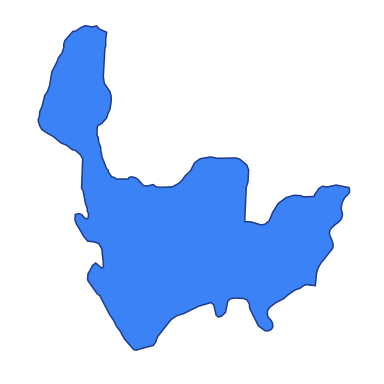 Ixchiguán, San Marcos, Guatemala (Equal Earth projection), rotated 183°
{"feature_id": "79465075B80517752911806", "entity_name": "Ixchiguán", "entity_type": "district", "adm_level": 2, "iso_a3": "GTM", "parent_name": "Guatemala", "parent_adm1": "San Marcos", "projection": "equal_earth", "projection_center": [-91.922, 15.132], "detail": "fine", "context": "isolated", "style": "filled", "palette": "blue", "viewbox_px": 384, "rotation_deg": 183, "n_neighbors": 0, "source": "geoboundaries", "source_scale": "gbopen_adm2", "svg_char_len": 3052}
<svg xmlns="http://www.w3.org/2000/svg" viewBox="0 0 384 384"><g transform="rotate(183 192 192)"><path d="M327.8,333.0L327.6,329.3L328.5,326.5L329.0,324.1L332.3,319.3L333.7,314.8L338.2,304.8L339.9,290.4L341.7,284.6L344.1,280.7L346.3,269.4L348.2,264.5L348.5,258.1L349.2,257.4L349.3,255.0L347.5,250.0L345.2,246.5L338.8,242.7L333.5,240.2L325.3,234.1L319.9,232.2L313.9,228.0L310.6,227.4L307.3,224.9L305.2,223.1L302.9,219.2L302.5,190.1L300.8,187.5L297.9,175.3L295.8,170.2L295.6,167.6L294.2,164.8L294.3,161.6L294.8,159.9L296.8,159.8L299.0,161.4L300.4,163.3L303.6,164.5L307.4,163.5L307.4,157.9L305.5,153.6L302.6,149.4L298.1,142.4L293.7,137.5L286.9,137.0L282.3,135.5L279.1,130.5L277.0,117.5L276.5,112.1L278.7,111.5L284.5,116.1L287.6,113.2L289.7,108.5L291.6,104.9L291.7,99.0L290.8,97.4L281.3,85.3L278.7,83.7L267.8,65.3L266.8,63.9L263.6,59.7L260.3,53.9L256.2,49.0L252.0,42.0L246.7,36.4L241.9,31.5L239.1,31.1L237.3,32.0L229.7,34.5L222.5,36.8L220.3,40.6L218.8,45.7L207.4,61.9L205.6,64.1L200.4,67.8L194.0,70.1L179.4,78.3L167.1,82.6L164.3,80.3L161.4,70.2L159.3,68.6L156.1,69.4L152.2,73.6L150.6,84.6L148.4,87.2L143.7,88.4L134.9,88.3L131.7,87.3L129.0,83.4L128.2,78.6L118.7,61.8L112.3,57.6L111.0,57.2L109.5,57.2L108.4,57.4L106.4,58.3L105.6,59.1L104.4,60.9L104.3,62.3L104.6,64.5L105.4,66.5L106.4,68.0L109.6,71.2L110.5,74.7L110.1,78.4L107.8,81.4L103.0,85.5L94.8,90.4L90.9,94.2L85.6,98.3L83.0,100.0L79.5,101.3L76.8,103.4L74.5,105.0L71.8,105.5L68.7,105.1L65.5,105.1L64.0,104.8L63.6,112.5L63.4,117.4L62.5,121.4L61.3,124.4L59.4,128.1L58.0,129.8L54.8,134.3L51.1,139.6L48.9,142.6L48.3,144.7L48.3,146.4L48.9,148.9L49.8,151.3L52.1,155.8L52.6,158.4L52.6,159.7L51.9,161.7L51.3,162.8L49.7,164.5L47.6,166.7L44.7,169.1L43.1,170.6L41.9,172.2L41.0,174.4L40.6,176.2L40.7,178.4L41.7,181.4L42.3,183.4L41.9,187.0L41.2,189.8L40.2,192.4L39.5,193.8L38.4,195.3L36.9,196.9L35.4,198.7L34.8,199.8L34.7,201.2L35.0,203.5L35.4,204.7L37.7,204.9L48.4,206.5L57.2,204.1L62.0,204.6L65.4,202.2L67.7,198.5L69.5,195.6L69.8,193.9L73.5,193.6L80.3,193.0L83.5,194.1L90.0,194.1L97.6,191.4L104.5,185.8L105.3,185.0L106.3,183.3L109.4,177.5L110.4,176.0L112.0,170.9L113.7,167.0L117.3,163.7L121.1,162.7L131.3,165.2L137.8,165.2L138.1,199.2L136.6,205.1L136.6,216.9L138.7,221.8L142.9,225.0L146.0,227.3L149.7,228.3L168.8,227.0L175.3,228.0L185.5,225.7L190.3,221.8L191.4,220.5L194.5,213.2L200.0,207.4L202.1,203.8L205.3,200.2L211.7,196.2L218.9,195.4L226.4,195.0L228.7,195.7L231.1,197.4L237.6,195.5L240.9,196.0L242.5,197.6L246.9,202.0L249.9,203.5L253.3,204.0L255.6,203.2L256.5,201.6L268.7,201.0L269.9,202.3L273.1,203.0L276.6,207.7L276.7,209.2L278.8,211.0L279.7,213.6L283.6,222.0L285.5,230.1L285.5,232.0L287.4,235.7L288.6,241.6L289.9,243.8L290.0,252.8L288.2,254.2L285.6,255.8L282.3,260.0L281.2,261.3L280.2,265.5L279.1,268.3L278.2,270.4L277.4,278.5L277.8,283.6L279.2,288.0L285.2,295.8L286.6,302.4L286.5,330.5L285.8,333.4L286.2,339.8L285.6,347.1L292.9,349.8L296.0,352.9L300.6,351.6L307.2,352.6L312.1,350.1L316.6,346.6L319.3,346.2L324.6,339.5L326.9,336.6L327.8,333.0Z" fill="#3b82f6" stroke="#1e3a8a" stroke-width="1.5"/></g></svg>